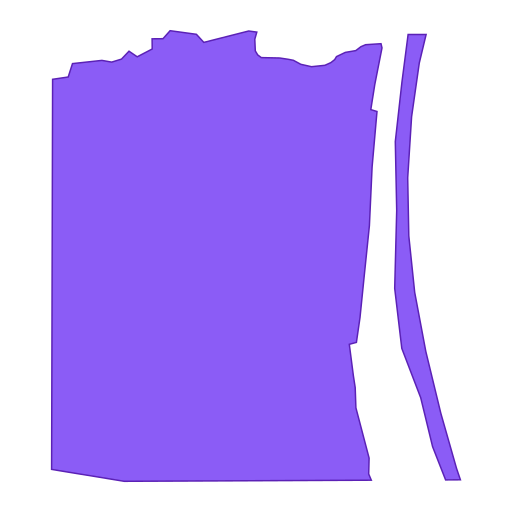 outline of Kenedy, Texas, United States of America
{"feature_id": "52423323B29588841600752", "entity_name": "Kenedy", "entity_type": "district", "adm_level": 2, "iso_a3": "USA", "parent_name": "United States of America", "parent_adm1": "Texas", "projection": "orthographic", "projection_center": [-97.553, 26.941], "detail": "fine", "context": "isolated", "style": "filled", "palette": "violet", "viewbox_px": 512, "rotation_deg": 0, "n_neighbors": 0, "source": "geoboundaries", "source_scale": "gbopen_adm2", "svg_char_len": 987}
<svg xmlns="http://www.w3.org/2000/svg" viewBox="0 0 512 512"><path d="M371.3,480.2L368.7,474.0L369.1,458.1L355.9,407.8L355.2,387.6L353.4,375.9L349.3,344.3L356.4,342.4L360.0,317.6L364.2,276.1L369.4,225.7L372.1,167.0L377.0,111.5L370.8,109.6L374.8,84.4L382.0,47.9L381.0,43.7L365.6,44.7L360.9,46.7L355.8,50.6L345.3,52.4L336.5,56.6L334.7,59.6L330.9,62.6L324.9,65.3L311.5,66.7L300.8,64.3L293.4,60.3L288.3,59.3L279.7,58.0L261.3,57.6L257.7,54.9L255.3,50.9L254.8,39.2L256.8,32.1L248.7,31.0L203.8,42.4L196.4,34.3L170.1,30.7L163.0,38.7L152.1,38.8L152.2,49.0L137.2,56.8L129.0,51.2L121.5,59.1L111.7,62.1L101.9,60.4L72.5,63.6L68.2,77.0L52.6,79.3L51.9,360.9L51.6,469.4L68.0,472.1L124.2,481.3L371.3,480.2ZM460.4,479.8L456.5,468.3L440.8,413.2L425.8,351.4L414.7,292.4L408.8,235.9L407.7,177.8L411.6,116.7L419.3,62.9L426.1,34.5L408.1,34.5L402.0,81.6L395.3,141.6L396.7,210.5L394.7,288.4L401.8,348.4L420.7,397.7L432.6,446.7L445.6,479.9L460.4,479.8Z" fill="#8b5cf6" stroke="#5b21b6" stroke-width="1.5"/></svg>